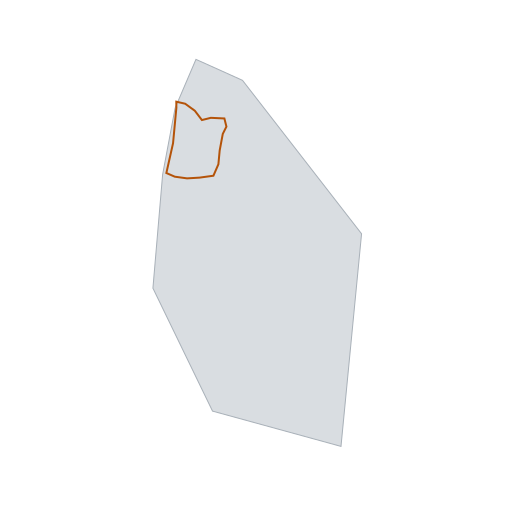 Singapore, with North East highlighted, rotated 256°
{"feature_id": "SGP-4874", "entity_name": "North East", "entity_type": "state/province", "adm_level": 1, "iso_a3": "SGP", "parent_name": "Singapore", "parent_adm1": "", "projection": "mercator", "projection_center": [103.929, 1.383], "detail": "fine", "context": "in_parent", "style": "outline", "palette": "amber", "viewbox_px": 512, "rotation_deg": 256, "n_neighbors": 0, "source": "natural_earth", "source_scale": "10m", "svg_char_len": 551}
<svg xmlns="http://www.w3.org/2000/svg" viewBox="0 0 512 512"><g transform="rotate(256 256 256)"><path d="M429.7,285.4L252.0,363.8L50.7,292.4L116.0,176.3L249.7,148.2L357.6,185.1L419.1,213.3L461.3,245.3L429.7,285.4Z" fill="#d9dde1" stroke="#a8b0b8" stroke-width="1"/><path d="M358.2,189.1L385.5,202.8L419.1,214.6L425.0,216.0L420.9,224.1L411.7,231.8L401.0,236.4L401.0,245.6L397.1,258.6L388.7,258.6L382.5,253.3L367.2,246.3L354.1,241.7L344.2,234.1L345.7,220.2L348.0,207.9L352.6,196.4L358.2,189.1Z" fill="none" stroke="#b45309" stroke-width="2"/></g></svg>